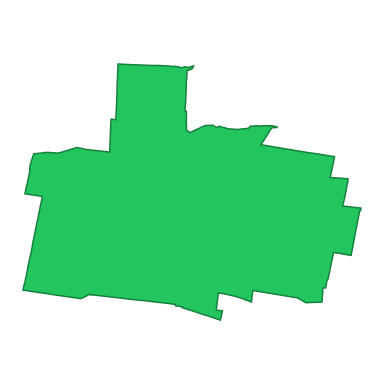 Redea, Olt, Romania (Robinson projection)
{"feature_id": "2599482B70526693367132", "entity_name": "Redea", "entity_type": "district", "adm_level": 2, "iso_a3": "ROU", "parent_name": "Romania", "parent_adm1": "Olt", "projection": "robinson", "projection_center": [24.25, 44.051], "detail": "fine", "context": "isolated", "style": "filled", "palette": "green", "viewbox_px": 384, "rotation_deg": 0, "n_neighbors": 0, "source": "geoboundaries", "source_scale": "gbopen_adm2", "svg_char_len": 5527}
<svg xmlns="http://www.w3.org/2000/svg" viewBox="0 0 384 384"><path d="M321.9,302.0L322.1,301.6L322.2,300.4L322.2,299.4L322.2,298.3L322.4,295.5L322.7,292.6L322.8,289.6L322.8,288.7L322.9,288.3L323.1,288.0L323.3,287.8L323.7,287.8L325.6,288.0L327.0,280.7L328.1,278.8L329.7,271.3L330.7,266.1L333.6,252.5L340.9,253.6L342.5,254.0L351.1,255.4L353.0,245.6L356.2,228.5L359.6,211.1L359.8,210.9L360.5,210.8L361.0,208.1L342.6,206.0L343.5,202.7L344.8,197.3L345.1,195.2L345.4,194.1L348.2,179.1L347.3,178.7L330.2,177.5L331.5,171.7L334.6,156.7L331.0,156.1L326.2,155.3L319.9,154.3L315.4,153.6L308.6,152.7L260.8,144.7L265.0,138.6L270.6,129.6L271.1,128.9L271.4,128.5L271.7,128.2L272.5,127.8L273.1,127.6L274.0,127.5L275.5,127.6L276.5,127.6L276.8,127.5L277.2,127.1L277.1,126.9L277.0,127.0L276.9,127.0L275.8,126.6L275.0,126.5L273.7,126.1L272.6,125.8L272.4,125.8L271.4,125.8L267.9,125.7L267.7,125.7L266.0,125.6L264.3,125.7L261.3,125.9L259.7,126.2L259.3,126.1L258.7,126.0L258.0,125.9L257.1,125.9L255.2,125.8L254.8,125.8L254.5,125.8L254.3,125.9L253.5,126.3L253.0,126.3L252.0,126.1L250.7,126.0L250.4,126.1L250.1,126.5L249.7,127.1L249.4,127.5L249.1,127.8L248.5,128.0L248.0,128.2L247.3,128.4L246.7,128.5L246.3,128.6L245.8,128.7L243.6,128.8L242.9,128.8L240.8,129.1L239.6,129.3L237.9,129.4L236.3,129.4L235.6,129.3L233.3,129.1L229.9,129.0L228.6,128.8L227.7,128.7L227.1,128.5L225.8,128.1L224.7,127.7L223.9,127.6L222.9,127.6L222.3,127.4L221.9,127.3L221.3,126.9L220.1,126.4L219.8,126.3L219.4,126.4L218.8,126.5L217.0,127.1L216.5,127.2L216.1,127.2L215.8,127.1L215.1,126.7L214.2,126.1L213.1,125.3L212.9,125.2L211.0,125.3L207.7,125.4L206.8,125.5L206.2,125.5L205.7,125.5L205.3,125.4L189.9,132.6L189.4,132.2L188.7,132.2L188.5,131.4L188.4,131.2L186.8,131.0L186.6,130.7L186.6,130.1L186.5,129.4L186.4,128.3L186.5,123.8L186.5,123.3L186.2,123.0L186.3,122.3L186.4,115.1L186.5,111.5L186.5,111.2L186.0,111.1L184.9,111.1L185.1,107.7L185.5,103.9L185.7,101.7L185.9,95.4L186.5,79.7L186.6,78.7L186.8,76.7L186.9,73.9L186.9,70.7L188.3,70.3L191.4,69.2L192.0,69.0L192.4,68.5L192.8,68.0L193.1,67.0L193.6,66.0L192.9,66.1L191.4,66.6L190.3,66.9L189.3,67.2L187.7,67.4L187.2,67.3L186.6,67.1L185.2,66.7L184.2,67.0L181.8,67.8L179.3,67.1L178.1,66.9L175.2,66.3L174.9,66.3L171.8,66.5L171.5,66.4L170.4,66.2L169.6,66.1L159.4,65.5L150.7,65.4L136.5,64.8L134.7,64.8L128.0,64.5L118.0,64.0L117.9,66.3L117.7,72.3L117.6,75.4L117.4,79.6L117.2,83.7L117.0,93.3L116.8,98.4L116.7,102.1L116.5,105.5L116.2,112.2L115.9,117.1L115.8,118.1L115.6,119.8L111.3,119.1L111.0,119.3L110.1,141.0L109.7,151.7L109.7,152.1L102.6,151.2L98.6,150.9L93.5,150.3L87.6,149.7L82.5,148.7L78.0,147.7L76.8,147.6L75.6,147.9L73.5,148.5L69.5,149.8L66.5,150.7L62.6,151.9L60.7,152.4L59.0,152.8L58.2,153.1L57.5,153.1L49.4,152.5L47.1,152.4L45.6,152.4L42.4,152.9L36.7,153.5L33.8,153.8L32.0,159.0L31.5,160.4L30.2,164.5L30.0,166.3L29.6,172.2L27.4,182.6L26.6,186.0L24.9,193.8L42.4,196.5L41.5,201.0L41.3,201.7L41.2,202.0L40.9,203.6L40.8,204.0L40.7,204.3L40.7,204.5L40.5,205.5L40.3,206.2L40.0,207.9L39.7,209.5L39.6,210.0L39.5,210.3L39.5,210.5L39.4,210.9L39.2,211.8L39.1,212.5L39.0,212.8L38.9,213.0L38.8,213.5L38.8,213.8L38.6,214.5L38.5,215.1L38.3,216.0L38.3,216.3L38.2,216.7L38.2,217.2L37.9,218.5L37.7,219.1L37.1,222.0L36.6,224.5L36.5,224.9L36.4,225.4L36.2,226.3L36.0,227.1L35.9,227.3L35.9,227.8L35.8,228.1L35.6,229.5L35.4,230.3L35.0,232.2L35.0,232.3L34.9,233.1L34.7,233.8L34.6,234.2L34.5,234.6L34.3,235.5L34.3,235.8L34.2,235.8L34.2,236.0L34.2,236.4L34.1,237.1L34.0,237.4L33.9,237.8L33.8,238.0L33.7,238.5L33.6,239.1L33.4,240.1L32.5,244.6L32.3,246.0L31.9,248.3L31.8,248.8L31.7,249.5L31.5,250.3L31.5,250.5L31.4,251.1L31.1,252.6L30.5,255.1L30.1,256.9L30.0,257.2L29.9,257.8L29.8,258.3L29.7,258.7L29.7,259.0L29.6,259.3L29.4,259.9L29.4,260.0L29.3,260.4L29.2,260.7L29.1,261.2L29.0,261.7L29.0,261.9L28.8,262.9L28.8,263.1L28.4,264.4L28.3,265.0L28.1,265.7L28.1,265.9L28.0,266.3L27.9,266.7L27.9,267.3L27.8,267.7L27.7,268.0L27.4,269.7L27.3,270.5L27.2,270.9L27.2,271.3L27.1,271.6L27.0,272.0L26.9,272.3L26.8,273.0L26.7,273.8L26.3,275.8L26.3,276.0L26.2,276.1L26.2,276.3L26.1,276.9L26.0,277.2L26.0,277.4L25.8,278.0L25.7,278.4L25.5,279.0L25.5,279.3L25.4,279.7L25.2,280.5L25.1,281.1L25.1,281.4L25.0,281.5L25.0,281.9L24.8,282.6L24.7,283.4L24.5,284.3L24.2,284.3L23.7,286.4L23.0,290.2L25.2,290.4L28.9,291.0L32.0,291.5L33.3,291.7L36.8,292.2L48.9,293.9L52.0,294.5L57.5,295.3L69.4,297.0L75.3,297.8L80.6,298.7L81.5,298.3L84.5,296.9L89.8,294.2L90.2,294.1L90.4,294.6L90.8,295.1L91.4,295.1L91.8,295.1L92.1,294.9L92.4,294.9L92.7,294.9L103.2,296.1L118.0,297.8L128.7,299.1L148.2,301.1L156.3,302.1L167.6,303.4L172.3,304.0L173.9,304.2L175.0,304.4L175.3,304.6L175.3,304.8L175.3,305.4L175.4,305.7L175.8,305.9L176.1,306.0L180.2,306.5L182.3,306.7L182.6,306.8L182.4,307.8L182.8,307.9L184.4,308.4L186.6,309.1L189.6,310.0L191.7,310.7L192.0,310.8L194.2,311.5L197.5,312.6L200.2,313.5L201.1,313.8L202.5,314.3L202.8,314.4L204.8,315.0L205.6,315.2L208.4,316.1L208.9,316.3L210.0,316.7L210.8,317.0L211.0,317.0L211.3,317.1L211.7,317.1L211.8,317.2L212.2,317.3L212.5,317.5L213.7,318.0L213.9,318.0L214.6,318.2L215.0,318.3L216.0,318.7L216.5,318.9L217.2,319.1L217.4,319.1L217.6,319.1L217.8,319.2L218.1,319.3L218.5,319.5L219.8,319.9L220.2,319.9L220.4,319.9L220.5,320.0L222.4,310.8L216.3,310.1L216.3,309.7L216.5,308.1L216.7,306.4L217.2,302.7L217.3,301.5L217.4,301.0L217.5,299.9L217.7,298.5L217.8,297.8L217.9,296.5L218.2,294.5L218.3,292.9L224.2,293.8L235.0,296.3L239.2,297.5L251.4,302.0L252.9,290.5L297.4,297.9L305.9,302.7L321.6,302.1L321.9,302.0Z" fill="#22c55e" stroke="#15803d" stroke-width="1.5"/></svg>